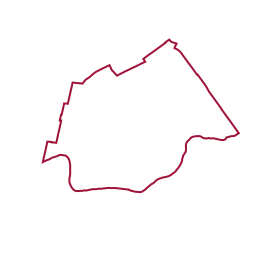 outline of Bassendean, Western Australia, Australia, rotated 54°
{"feature_id": "25037944B70302192671386", "entity_name": "Bassendean", "entity_type": "district", "adm_level": 2, "iso_a3": "AUS", "parent_name": "Australia", "parent_adm1": "Western Australia", "projection": "equal_earth", "projection_center": [115.952, -31.906], "detail": "fine", "context": "isolated", "style": "outline", "palette": "rose", "viewbox_px": 256, "rotation_deg": 54, "n_neighbors": 0, "source": "geoboundaries", "source_scale": "gbopen_adm2", "svg_char_len": 5643}
<svg xmlns="http://www.w3.org/2000/svg" viewBox="0 0 256 256"><g transform="rotate(54 128 128)"><path d="M87.5,39.6L85.8,40.9L84.1,42.1L83.4,42.4L82.3,42.6L80.8,42.6L80.7,43.0L80.7,47.6L81.1,47.6L81.1,61.2L81.1,66.0L81.0,69.2L81.1,75.0L84.5,75.1L83.7,79.6L82.9,84.4L81.2,93.7L80.4,98.0L79.9,101.2L79.2,106.1L75.2,106.6L74.3,106.6L72.1,107.0L71.6,107.0L70.9,107.0L70.3,106.8L66.3,106.0L65.2,111.9L64.0,119.2L63.8,120.4L63.7,122.8L63.9,125.6L64.2,129.0L64.2,130.7L64.1,132.5L64.1,133.4L64.3,135.1L64.8,136.9L65.4,138.6L58.7,146.1L73.0,162.4L70.6,165.2L78.3,173.9L77.9,174.3L81.8,178.8L82.7,177.7L86.2,181.5L91.9,188.1L94.9,191.4L97.8,194.7L94.8,198.1L94.6,197.8L91.6,201.2L95.6,205.7L100.9,211.7L101.3,212.2L105.5,216.9L105.6,216.2L105.9,215.0L106.1,213.8L106.1,213.6L106.5,212.0L106.7,211.7L106.8,211.1L107.0,210.4L107.1,209.7L107.3,207.9L107.4,207.2L107.5,206.7L108.0,205.1L108.2,204.7L108.3,204.4L108.5,203.8L108.9,202.7L109.3,201.3L109.4,199.9L109.6,199.2L109.8,198.9L110.0,198.5L110.1,198.4L110.2,198.1L110.5,197.8L111.1,197.3L111.3,197.0L111.9,196.5L112.5,195.9L112.6,195.7L113.8,194.7L114.2,194.5L114.8,194.3L116.2,194.0L116.7,194.0L117.4,194.1L117.8,194.1L118.2,194.2L118.4,194.2L118.8,194.2L119.0,194.3L119.4,194.5L121.1,195.1L121.3,195.2L122.3,195.7L122.5,195.8L122.8,196.0L123.1,196.2L123.6,196.4L124.5,196.9L124.9,197.1L126.0,198.1L126.5,198.3L126.7,198.6L127.1,198.9L127.2,199.0L127.3,199.1L128.4,199.7L128.8,200.1L129.9,200.8L130.3,201.1L131.2,201.8L131.3,201.9L131.8,202.3L132.3,202.8L133.2,203.8L133.4,204.0L133.9,204.5L134.0,204.6L134.2,204.8L134.5,205.1L135.8,206.1L136.1,206.4L136.3,206.5L136.9,206.9L137.7,207.4L138.3,207.6L138.9,207.7L139.8,208.0L140.2,208.1L142.3,208.4L143.5,208.5L144.0,208.5L144.4,208.5L145.5,208.4L147.0,208.0L147.4,207.8L147.9,207.4L148.4,207.1L148.7,206.9L149.1,206.2L149.3,205.9L149.9,205.2L150.2,204.7L150.4,204.3L150.5,204.0L150.6,203.8L150.8,203.5L150.9,203.4L151.3,202.9L151.5,202.7L151.9,202.0L152.0,201.8L152.1,201.6L152.3,201.2L152.4,200.8L152.8,200.1L153.1,199.6L153.4,199.3L153.5,199.1L154.1,198.5L154.6,197.3L155.0,196.3L155.1,196.1L155.1,195.9L155.7,194.9L155.8,194.8L156.1,194.0L156.2,193.9L156.3,193.7L156.4,193.2L156.7,192.6L156.8,192.4L157.0,192.0L157.3,191.7L157.5,191.3L157.7,191.2L158.1,190.7L158.7,189.8L159.0,189.3L159.2,188.9L159.5,188.2L160.1,186.9L160.3,186.8L160.8,186.2L161.0,186.1L161.3,185.6L161.4,185.4L161.5,185.2L161.7,184.8L161.7,184.6L162.3,183.6L162.9,182.8L163.2,182.2L163.3,182.0L163.4,181.8L163.5,181.6L163.7,181.1L163.8,180.9L164.7,179.5L164.9,179.3L165.8,177.9L166.3,177.3L166.5,177.2L167.3,176.3L167.8,175.3L168.0,175.1L168.1,174.9L168.4,174.6L169.0,173.8L169.3,173.4L169.6,173.0L171.4,171.0L171.5,170.9L171.9,170.5L172.1,170.3L172.5,169.8L172.6,169.7L172.9,169.4L173.0,169.3L173.8,168.5L174.0,168.2L174.3,168.0L174.6,167.6L174.9,167.3L175.2,166.9L175.4,166.7L175.7,166.4L177.0,165.0L178.0,164.0L178.1,163.8L178.4,163.6L178.5,163.5L178.6,163.3L179.0,163.4L179.5,163.1L179.8,162.9L180.1,162.7L180.6,162.4L180.6,162.2L180.9,162.0L181.0,161.9L181.4,161.6L181.5,161.5L182.3,160.8L182.8,160.5L183.0,160.3L183.5,159.9L184.0,159.4L184.4,158.9L184.9,158.3L185.7,157.5L186.1,157.0L186.8,156.2L187.2,155.7L187.3,155.3L187.6,154.6L187.7,154.2L187.8,153.5L187.8,153.3L187.9,152.0L187.9,151.8L187.9,151.6L187.9,151.2L187.9,150.9L187.9,150.4L187.9,149.2L187.6,148.3L187.5,147.7L187.5,146.6L187.5,145.3L187.5,145.1L187.4,144.7L187.3,144.1L187.3,143.7L187.2,143.2L187.2,142.6L187.2,141.9L187.3,141.6L187.3,141.4L187.4,141.0L187.4,140.8L187.5,140.5L187.5,140.3L187.5,140.0L187.5,139.6L187.3,137.8L187.1,137.1L187.0,136.4L187.0,135.0L187.1,133.8L187.3,133.2L187.5,132.3L187.6,131.8L187.7,131.5L187.9,130.9L188.2,130.2L188.2,129.7L188.3,129.4L188.9,128.1L189.0,127.9L189.2,127.4L189.3,127.3L189.9,126.2L190.8,123.4L190.9,123.2L191.0,122.7L191.1,121.8L191.1,121.6L191.2,121.1L191.2,119.9L191.1,118.8L191.1,118.5L191.2,117.7L191.2,116.9L191.2,116.4L191.0,115.2L190.9,114.6L190.7,114.1L190.7,113.9L190.3,112.9L190.3,112.6L189.8,110.7L189.5,110.0L189.4,109.8L189.2,109.3L189.1,109.0L189.1,108.7L188.9,108.3L188.8,108.1L188.7,107.6L188.2,106.7L187.7,105.9L187.6,105.5L187.5,105.3L187.1,104.7L186.3,103.6L185.9,103.2L185.4,102.9L183.7,100.7L183.4,100.3L183.3,100.2L182.5,99.0L181.4,95.9L180.9,95.0L180.7,95.0L180.3,94.5L180.2,94.4L179.3,93.6L179.2,93.5L179.0,93.4L178.5,93.0L177.6,92.4L177.5,92.2L177.3,92.0L176.8,91.8L176.3,91.6L176.0,91.4L175.7,91.1L175.1,90.4L174.9,90.2L174.2,89.1L174.0,88.6L174.0,88.4L173.8,87.8L173.7,87.4L173.7,87.0L173.6,86.7L173.4,84.9L173.2,84.1L173.0,83.4L172.9,82.3L172.9,82.1L172.9,81.9L173.2,80.8L173.7,79.6L173.9,79.1L174.1,78.8L174.3,78.4L174.9,77.4L175.0,77.2L175.8,76.1L176.2,75.4L176.4,75.1L177.0,74.6L177.3,74.3L177.8,74.0L178.0,73.9L179.0,73.6L179.3,73.4L179.9,73.2L180.1,73.1L180.8,72.8L181.1,72.3L181.4,72.0L181.8,71.6L182.5,70.8L182.6,70.7L182.9,70.2L183.1,69.7L183.3,68.8L184.7,67.7L186.6,64.8L187.3,64.3L187.8,63.8L188.2,63.5L188.6,63.1L188.9,62.8L189.0,62.7L189.9,61.9L190.4,61.5L190.8,61.3L191.5,60.6L191.7,60.4L191.8,60.2L192.5,59.5L192.6,59.4L192.8,59.2L193.1,58.9L193.7,58.0L193.8,57.8L193.9,57.7L194.0,57.4L194.1,57.1L194.3,56.3L194.3,55.5L194.2,55.1L194.0,54.8L193.8,54.5L193.5,54.0L193.6,53.8L193.6,53.6L193.8,53.2L194.3,52.1L194.9,50.3L195.1,49.8L195.2,49.7L195.3,49.4L195.6,48.8L195.8,48.5L195.9,48.3L196.3,47.7L197.0,46.5L197.3,41.4L167.5,41.3L167.1,41.1L147.1,41.1L145.4,41.0L140.5,40.4L137.7,40.3L125.7,40.3L125.7,40.8L117.8,40.8L105.5,40.9L99.7,40.9L98.8,40.8L97.8,40.9L95.8,41.2L93.9,41.7L92.3,42.5L90.8,43.5L90.0,42.5L89.2,41.1L89.3,41.0L88.5,39.5L88.3,39.1L87.5,39.6Z" fill="none" stroke="#9f1239" stroke-width="2"/></g></svg>